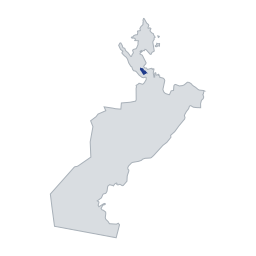 location of Akkurgan, Tashkent, Uzbekistan, rotated 272°
{"feature_id": "79887680B10165721529704", "entity_name": "Akkurgan", "entity_type": "district", "adm_level": 2, "iso_a3": "UZB", "parent_name": "Uzbekistan", "parent_adm1": "Tashkent", "projection": "albers", "projection_center": [69.03, 40.803], "detail": "fine", "context": "in_parent", "style": "filled", "palette": "blue", "viewbox_px": 256, "rotation_deg": 272, "n_neighbors": 0, "source": "geoboundaries", "source_scale": "gbopen_adm2", "svg_char_len": 4602}
<svg xmlns="http://www.w3.org/2000/svg" viewBox="0 0 256 256"><g transform="rotate(272 128 128)"><path d="M206.3,117.8L210.3,115.8L212.6,117.0L212.8,117.8L210.4,119.3L208.1,120.1L207.5,122.0L205.3,122.9L203.1,125.5L199.7,128.1L199.6,128.7L199.9,129.1L201.1,129.4L203.4,130.8L205.7,129.9L206.2,130.1L206.8,130.9L207.5,133.3L208.5,133.9L211.7,135.1L214.2,135.0L215.4,135.5L215.6,135.3L215.6,131.7L216.7,132.3L217.8,131.8L218.1,130.1L217.9,128.9L218.7,128.2L219.1,128.7L219.2,129.7L220.4,130.4L221.3,132.1L221.6,134.1L223.8,134.5L224.6,134.1L225.3,134.3L225.7,136.8L226.0,137.0L227.9,136.4L229.8,137.4L231.8,139.3L234.1,139.3L234.6,139.6L236.1,139.2L238.0,139.7L238.1,140.0L237.8,140.4L233.5,143.0L232.3,144.6L231.4,145.2L228.7,144.4L228.3,145.4L228.9,146.3L228.3,147.4L226.9,147.1L226.6,146.6L225.3,146.9L223.8,148.6L223.1,150.1L221.7,150.5L219.7,152.0L218.9,150.9L217.5,151.1L215.6,150.0L214.6,149.8L206.1,151.5L205.5,151.3L204.5,149.4L202.4,148.4L202.5,147.5L206.8,143.5L207.2,142.2L205.8,141.6L206.0,140.6L203.2,137.5L202.6,137.3L202.3,137.4L201.3,139.7L193.8,143.8L192.7,143.5L191.0,142.0L189.9,141.5L188.6,142.7L188.6,144.3L187.2,145.4L188.5,149.5L188.4,150.0L187.4,150.2L188.1,151.7L187.5,151.9L183.9,151.3L179.7,152.2L179.8,152.9L183.6,152.8L184.1,153.1L184.2,153.6L184.0,153.9L182.0,154.2L181.8,154.9L182.8,156.7L182.3,157.1L181.6,156.7L181.1,157.9L179.8,157.9L179.1,161.3L178.0,162.6L176.6,163.1L167.7,161.5L165.3,162.5L163.8,164.1L162.7,167.9L162.8,168.3L166.6,169.8L167.2,172.2L171.8,172.4L172.6,172.8L173.0,173.4L173.2,174.0L171.8,177.8L172.3,181.1L173.1,182.7L175.8,185.7L175.7,187.3L175.0,188.7L174.2,189.9L173.4,190.5L172.2,192.0L171.1,194.0L169.1,196.5L168.4,197.9L168.1,202.1L167.6,203.3L167.5,202.8L166.8,202.4L164.7,202.2L164.3,201.6L161.6,202.6L159.9,202.1L158.2,200.4L155.0,199.7L150.8,199.9L150.8,195.6L151.1,192.5L152.5,190.0L152.5,189.5L151.8,188.6L149.4,187.9L146.5,185.8L143.8,184.4L142.3,183.9L140.6,184.6L139.0,184.3L132.0,178.9L126.1,174.9L122.2,170.9L120.2,171.2L115.1,167.4L111.9,163.5L101.3,154.5L99.2,152.3L98.8,151.3L98.3,146.1L97.4,143.8L96.1,142.4L95.1,139.9L93.8,133.8L93.2,132.7L90.1,129.9L88.2,129.1L86.8,129.4L86.0,130.3L84.9,130.3L80.1,128.9L74.8,128.8L70.5,125.3L70.2,124.8L70.3,124.0L71.4,122.1L71.3,121.2L70.8,120.2L70.9,119.2L71.4,118.7L72.2,118.9L72.6,118.6L72.5,118.1L71.6,116.7L69.6,115.4L70.1,114.7L70.4,112.7L70.8,111.8L70.5,111.4L69.1,109.8L64.0,109.2L62.8,108.6L61.9,108.0L61.2,105.7L60.7,105.2L57.3,103.9L54.1,99.8L53.2,101.4L52.5,101.6L49.8,100.8L48.3,101.7L51.2,105.9L51.8,107.1L51.7,107.8L50.7,107.8L50.1,105.8L49.6,105.3L46.5,103.9L45.3,104.9L44.9,106.3L43.2,108.6L41.5,108.8L37.7,108.4L36.4,108.8L35.6,109.4L33.8,111.4L31.7,112.8L31.5,119.8L32.5,121.6L31.0,122.9L17.9,120.0L27.2,58.0L46.0,54.8L59.3,52.7L86.8,75.5L87.5,76.4L87.7,78.1L88.4,79.5L97.6,91.9L112.8,90.7L128.1,92.9L133.9,90.4L138.2,95.7L140.9,97.6L144.5,105.2L148.3,103.4L147.3,112.2L146.8,114.9L146.6,120.2L152.8,120.5L153.8,129.1L155.1,134.6L156.4,135.2L168.3,134.7L169.2,135.1L170.9,134.6L171.9,136.3L173.1,137.5L172.2,141.2L173.7,142.7L177.0,144.5L179.0,144.4L179.4,143.8L179.3,142.9L178.8,142.0L178.9,140.9L179.2,140.1L181.2,137.3L184.4,134.5L185.1,133.5L185.4,131.7L186.5,130.7L189.3,129.6L189.7,128.7L193.0,126.5L196.8,125.1L198.5,123.9L200.2,121.7L202.5,119.4L203.5,119.4L204.1,120.1L204.7,120.1L206.3,117.8ZM205.9,138.9L205.4,137.8L204.8,137.4L204.6,137.6L205.5,138.9L205.9,138.9ZM213.5,156.6L210.9,156.6L211.3,154.9L210.4,154.2L210.2,153.3L210.4,152.5L211.0,152.3L211.8,153.4L213.7,153.9L213.1,155.1L213.6,156.3L213.5,156.6ZM221.1,154.6L220.7,156.1L219.5,155.5L219.7,155.1L221.1,154.6Z" fill="#d9dde1" stroke="#a8b0b8" stroke-width="1"/><path d="M186.3,139.1L186.0,139.4L185.6,139.7L185.3,140.0L185.0,140.2L184.9,140.3L184.6,140.4L184.5,140.5L184.4,140.6L184.4,140.8L184.2,140.9L183.9,140.8L183.7,140.9L183.7,141.0L183.5,141.4L183.4,141.5L183.2,141.6L182.9,141.6L182.7,141.7L182.6,141.8L182.4,142.0L182.5,142.1L182.9,142.2L182.9,142.3L183.0,142.4L183.0,142.5L183.1,142.8L183.2,143.0L183.3,143.3L183.5,143.3L183.8,143.4L183.9,143.5L184.0,143.6L184.0,143.8L184.0,144.1L184.2,143.9L184.4,143.5L185.1,143.2L185.1,142.9L184.6,142.9L184.6,142.6L184.8,142.5L185.1,142.6L185.3,142.5L185.1,142.3L184.8,142.3L184.8,141.7L185.1,141.5L185.2,141.2L185.7,140.9L185.9,140.8L186.1,141.0L186.6,140.7L186.7,141.0L187.1,140.9L187.2,140.4L187.1,140.2L186.8,140.1L186.7,139.9L186.8,139.6L187.4,139.7L187.3,139.4L187.3,139.2L187.5,139.2L187.4,138.9L187.5,138.9L187.7,138.7L187.4,138.6L187.2,138.6L186.8,138.8L186.6,138.9L186.3,139.1Z" fill="#3b82f6" stroke="#1e3a8a" stroke-width="1.5"/></g></svg>